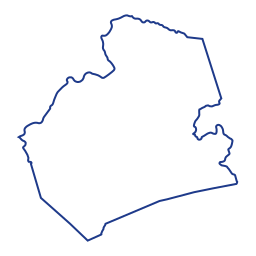 Concepcion, Intibucá, Honduras (Albers equal-area conic projection)
{"feature_id": "27666195B925617765542", "entity_name": "Concepcion", "entity_type": "district", "adm_level": 2, "iso_a3": "HND", "parent_name": "Honduras", "parent_adm1": "Intibucá", "projection": "albers", "projection_center": [-88.315, 14.049], "detail": "fine", "context": "isolated", "style": "outline", "palette": "blue", "viewbox_px": 256, "rotation_deg": 0, "n_neighbors": 0, "source": "geoboundaries", "source_scale": "gbopen_adm2", "svg_char_len": 5762}
<svg xmlns="http://www.w3.org/2000/svg" viewBox="0 0 256 256"><path d="M101.3,234.5L101.4,234.3L101.2,233.8L101.3,233.5L102.2,231.2L102.8,230.2L103.4,229.1L103.5,228.8L103.5,228.1L103.6,227.7L104.1,226.7L105.1,225.2L105.5,223.8L159.5,201.0L167.1,199.3L194.1,192.2L202.0,190.6L212.8,188.4L236.4,183.9L236.8,183.3L237.1,182.4L237.2,181.8L237.0,181.5L236.7,181.1L236.6,180.8L235.3,176.0L235.1,175.3L234.9,175.0L234.3,174.6L232.9,174.2L232.2,173.8L231.9,173.6L231.1,172.4L228.8,169.0L227.7,167.8L227.1,166.9L226.8,166.6L226.1,166.3L225.1,166.0L221.5,165.3L220.9,164.8L220.1,164.2L219.7,163.8L219.5,163.4L219.5,163.1L219.6,162.8L219.8,162.4L220.1,162.1L220.4,162.0L221.1,162.0L222.5,161.8L223.8,161.3L224.5,160.8L224.7,160.5L224.9,160.1L225.1,159.6L225.2,158.8L225.3,158.3L225.6,157.7L225.9,157.1L226.7,156.3L228.7,154.7L229.3,154.1L229.5,153.6L229.4,152.9L228.4,150.1L228.3,149.5L228.5,149.1L228.8,148.8L229.8,148.1L230.6,147.3L231.0,146.6L231.4,145.7L231.9,144.0L232.3,142.0L232.5,140.8L232.4,140.5L232.4,140.3L231.8,139.6L231.4,139.1L230.7,138.7L230.1,138.5L227.8,136.9L227.0,136.1L226.1,135.4L225.4,135.0L224.4,134.6L224.0,134.2L223.6,133.7L223.3,132.6L223.2,131.7L223.0,130.1L222.8,129.2L222.0,127.5L221.1,126.2L220.6,125.8L220.0,125.4L219.3,125.0L218.7,124.9L218.0,124.9L217.4,125.1L216.9,125.4L216.5,125.8L216.2,126.3L216.1,126.8L216.2,127.5L216.6,129.2L216.6,130.5L216.6,131.7L216.4,132.5L216.2,133.2L216.0,133.5L215.7,133.7L215.2,133.9L214.0,133.8L213.0,133.5L211.8,132.9L211.1,132.7L210.0,132.7L208.7,133.1L207.5,133.6L204.1,135.8L201.9,137.0L201.7,137.3L201.6,138.1L201.3,138.7L200.7,139.3L199.9,139.6L199.4,139.7L198.9,139.7L198.5,139.5L198.0,139.2L197.7,138.9L197.5,138.5L197.3,137.6L197.1,137.2L196.7,136.9L195.9,136.6L195.5,136.2L195.2,135.7L195.0,134.9L194.8,134.5L194.5,134.3L194.3,134.2L193.5,134.3L193.3,134.2L193.2,134.0L193.2,133.8L193.3,133.7L194.3,133.0L195.4,131.9L195.7,131.3L196.0,130.4L196.1,129.9L196.1,129.4L196.0,128.7L195.8,127.9L195.6,127.5L195.3,127.1L195.0,126.9L194.3,126.6L194.1,126.3L193.9,125.9L194.0,125.0L194.2,124.1L194.5,123.2L195.0,121.9L195.3,121.2L195.9,120.4L196.8,119.4L197.5,118.5L198.5,116.9L199.1,115.8L199.3,114.8L199.2,112.1L199.2,110.3L199.4,109.5L200.5,109.0L202.3,107.9L204.2,107.1L205.0,106.6L206.0,105.8L207.4,105.5L208.1,105.4L209.7,106.2L211.8,106.4L212.3,106.3L213.9,105.6L215.2,105.1L216.2,104.9L217.9,104.7L218.8,104.3L219.1,104.2L219.4,103.9L219.6,103.4L219.5,102.9L219.2,102.3L219.1,101.9L219.1,101.5L219.2,101.0L219.4,100.6L221.3,98.4L202.4,38.9L187.3,37.2L184.4,33.7L183.8,33.4L180.8,32.4L179.1,31.5L178.4,31.2L178.0,31.3L177.7,31.5L177.4,32.3L177.1,32.6L176.6,32.8L176.1,32.7L175.8,32.5L175.5,32.2L175.2,31.4L175.0,31.1L174.4,30.5L173.7,30.3L173.1,30.2L172.4,30.2L170.9,30.3L170.3,30.2L169.8,30.0L168.8,29.4L167.7,28.4L167.1,28.0L166.0,27.6L164.7,27.3L164.0,27.0L163.4,26.6L162.8,25.7L162.3,25.3L161.7,25.0L160.4,24.9L159.7,24.7L159.2,24.4L158.5,23.6L158.0,23.3L157.4,23.2L156.4,23.4L155.8,23.4L155.2,23.1L154.7,22.5L154.3,22.3L153.6,22.0L153.0,22.0L151.7,22.4L151.2,22.4L150.7,22.4L150.0,22.0L149.2,21.3L148.7,20.9L148.1,20.6L147.5,20.5L146.9,20.5L146.2,20.8L145.8,21.1L145.1,21.9L144.5,22.3L143.8,22.4L143.0,22.4L142.4,22.1L141.9,21.7L141.5,21.2L140.7,20.1L140.3,19.6L139.7,19.3L139.0,18.9L138.1,18.7L137.1,18.6L135.7,18.7L135.1,18.6L134.4,18.4L133.8,18.1L133.2,17.6L132.6,17.0L131.9,16.1L131.1,16.3L130.2,16.3L129.2,16.1L128.0,15.7L127.3,15.4L126.3,15.4L125.5,15.5L123.9,16.0L120.7,17.7L118.6,18.6L116.5,19.2L113.9,19.7L113.1,20.0L112.2,20.4L111.6,20.8L111.3,21.2L111.0,21.7L110.9,22.2L111.0,23.0L111.5,24.2L111.8,25.1L111.9,26.2L111.8,27.2L111.5,28.0L111.0,29.2L109.8,31.3L109.1,32.4L108.3,33.3L107.5,34.2L106.4,35.1L105.7,35.5L104.9,35.7L103.9,35.8L102.8,35.6L102.1,35.7L101.8,35.9L101.5,36.4L101.3,36.8L101.3,37.4L101.5,38.4L102.5,40.5L102.8,41.3L103.0,42.3L103.2,43.5L103.2,44.8L102.9,47.7L103.0,48.4L103.2,48.9L103.5,49.7L104.3,50.7L104.7,51.4L105.0,52.4L105.3,53.8L105.5,54.5L106.0,55.4L106.8,56.6L107.3,57.4L107.5,58.0L107.7,59.2L108.0,59.9L108.5,60.5L109.7,61.3L110.4,62.0L111.4,63.1L113.0,65.3L114.1,67.3L114.4,68.0L114.5,68.8L114.3,69.5L113.8,70.3L111.9,72.0L108.7,74.5L106.2,76.3L104.2,77.6L103.8,77.8L103.3,77.9L102.6,77.9L101.9,77.7L99.7,76.2L98.8,75.7L97.8,75.2L95.0,74.3L92.2,73.7L91.2,73.0L90.1,72.5L89.4,72.4L88.2,72.5L87.3,72.8L86.3,73.3L85.5,73.9L84.8,74.7L84.3,75.5L83.9,76.5L83.7,77.4L83.5,78.1L83.1,78.8L82.7,79.6L82.0,80.3L81.2,80.9L80.4,81.5L79.4,81.8L78.4,82.0L77.3,82.0L76.3,81.7L75.5,81.4L74.7,80.9L74.1,80.2L73.6,79.6L73.2,78.8L72.8,78.3L72.2,77.8L71.5,77.4L70.7,77.3L69.8,77.3L68.9,77.5L68.2,77.9L67.7,78.3L67.3,78.8L67.0,79.3L66.8,80.0L67.0,80.8L67.2,81.2L67.5,81.6L67.5,81.9L67.5,82.6L67.3,83.2L67.0,83.6L66.0,84.5L63.6,86.2L62.2,87.4L58.0,91.7L57.4,92.5L56.5,94.1L54.8,98.2L54.1,100.0L53.3,102.7L52.7,104.2L52.2,104.9L51.0,105.7L50.5,106.2L50.3,106.6L50.1,107.1L50.1,107.5L50.2,108.2L50.1,108.7L43.9,117.1L43.3,118.3L42.7,120.5L42.3,121.2L41.8,122.0L41.4,122.4L40.9,122.8L40.3,123.0L39.7,123.2L38.8,123.2L37.1,122.8L35.9,122.7L34.5,122.8L33.2,123.1L32.1,123.5L30.5,124.2L27.5,125.9L26.5,126.6L25.6,127.5L25.0,128.2L24.7,128.8L24.5,129.5L24.5,130.3L24.5,130.9L24.8,131.9L24.8,132.6L24.6,133.4L24.3,134.1L23.8,134.6L22.9,135.2L22.0,135.6L20.2,136.2L18.8,137.1L19.6,137.5L20.1,138.0L21.3,139.4L22.0,140.0L22.8,140.6L23.9,141.0L24.5,141.4L25.2,142.0L25.6,142.6L25.7,143.0L25.6,143.7L25.5,144.5L25.3,145.1L24.8,145.7L24.0,146.4L23.2,147.2L23.1,147.5L23.1,147.8L23.6,148.7L25.2,150.9L27.4,154.8L28.1,156.9L28.4,157.8L28.3,158.9L28.1,160.1L28.2,160.7L28.4,161.3L28.6,161.6L28.8,161.8L29.7,161.8L30.9,162.0L31.2,162.3L31.4,162.6L31.5,162.9L31.4,163.3L31.2,163.6L30.9,163.8L40.9,197.9L70.0,223.7L87.7,240.6L101.3,234.5Z" fill="none" stroke="#1e3a8a" stroke-width="2"/></svg>